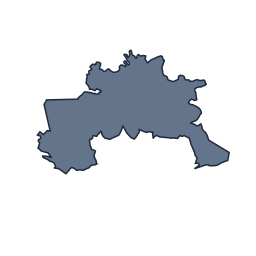 Santiago Xanica, Oaxaca, Mexico (Robinson projection), rotated 154°
{"feature_id": "50627088B68084107278536", "entity_name": "Santiago Xanica", "entity_type": "district", "adm_level": 2, "iso_a3": "MEX", "parent_name": "Mexico", "parent_adm1": "Oaxaca", "projection": "robinson", "projection_center": [-96.226, 16.017], "detail": "fine", "context": "isolated", "style": "filled", "palette": "slate", "viewbox_px": 256, "rotation_deg": 154, "n_neighbors": 0, "source": "geoboundaries", "source_scale": "gbopen_adm2", "svg_char_len": 5886}
<svg xmlns="http://www.w3.org/2000/svg" viewBox="0 0 256 256"><g transform="rotate(154 128 128)"><path d="M171.6,109.4L171.9,109.8L171.3,111.8L171.1,111.9L171.0,114.4L171.0,115.2L171.2,115.9L171.0,116.9L170.8,117.0L170.8,117.9L168.9,120.0L168.1,120.7L167.4,121.6L168.1,122.8L170.1,124.9L170.1,125.6L169.7,126.9L169.5,130.1L168.7,131.5L168.3,133.2L167.5,134.1L166.7,134.7L166.0,133.9L164.1,134.6L163.3,136.1L162.5,136.3L161.4,135.6L160.5,134.6L160.1,134.6L159.9,134.3L159.6,134.3L157.9,135.4L156.6,136.0L156.2,135.8L155.3,136.1L155.0,136.4L155.0,136.6L154.3,137.0L153.8,136.8L153.5,136.0L153.5,135.6L154.1,134.1L154.2,133.6L154.0,131.6L153.8,130.7L152.9,128.6L152.4,128.2L151.2,127.7L149.9,126.1L147.4,125.7L146.8,125.9L144.6,125.7L139.7,125.6L138.7,126.0L137.9,126.5L135.8,128.1L134.0,129.7L133.3,130.5L131.7,131.7L131.2,123.6L129.4,118.0L127.3,115.3L124.5,116.4L123.8,117.0L123.0,117.4L122.5,117.9L120.5,118.9L120.0,119.3L119.4,120.1L119.1,120.2L118.6,121.7L114.9,117.4L113.0,115.7L112.3,115.8L111.5,115.8L110.6,115.5L109.9,114.9L109.6,114.5L109.2,114.1L108.6,114.0L108.1,113.5L107.6,113.6L107.4,113.4L108.9,111.1L108.9,109.9L109.6,108.4L109.8,108.3L109.7,107.9L107.9,108.7L105.6,108.8L103.2,105.9L94.7,100.8L94.0,100.0L92.8,99.7L92.2,99.4L91.3,99.1L90.5,98.6L89.9,98.0L88.4,97.1L87.9,96.9L87.4,97.1L87.0,97.5L86.7,97.4L84.7,98.5L84.2,98.1L84.0,97.6L83.1,96.7L82.5,96.6L82.1,96.7L80.9,96.5L77.4,92.1L77.7,90.9L77.8,89.1L78.6,85.4L78.6,82.3L79.0,76.4L79.1,75.6L79.5,74.7L79.6,74.0L79.2,71.7L79.2,70.9L79.9,69.8L83.0,66.7L80.1,65.3L80.3,63.3L86.1,62.3L74.2,60.7L73.3,60.4L72.3,59.7L71.6,58.7L69.8,57.5L68.3,57.0L66.2,56.0L63.9,55.4L58.6,55.8L52.6,55.1L47.8,61.6L60.5,81.3L60.8,81.6L60.1,86.6L60.2,89.2L60.3,90.2L60.8,91.0L61.3,92.3L61.6,94.0L61.5,95.0L60.8,97.5L60.8,99.8L64.2,99.4L65.0,99.6L65.6,100.4L66.7,102.3L67.6,102.9L68.4,104.2L69.4,104.8L68.2,105.4L64.4,104.8L63.3,104.9L60.5,106.1L57.9,108.0L56.9,108.6L55.5,109.1L55.0,111.1L55.1,112.9L55.5,114.8L57.3,117.7L58.1,118.5L59.3,120.2L59.7,120.6L61.5,121.8L62.5,123.9L62.5,124.4L61.0,125.2L60.4,125.7L58.5,126.1L57.5,125.5L56.2,123.6L53.8,123.2L52.3,128.3L51.6,129.6L51.7,131.6L51.5,132.5L51.1,133.4L50.6,133.9L49.8,134.1L48.1,134.1L46.1,133.8L45.3,133.2L43.8,132.8L40.9,132.8L40.4,132.6L39.8,132.6L38.8,132.9L38.4,133.5L38.9,134.5L38.4,135.7L38.3,136.5L38.4,137.3L39.3,138.1L40.8,138.4L42.4,139.1L44.9,141.2L45.9,141.4L48.1,141.6L49.0,141.5L49.9,141.8L50.3,142.1L51.3,142.5L51.8,143.1L52.1,144.3L53.5,145.3L54.1,145.4L55.1,146.1L55.4,147.2L55.1,148.3L55.1,149.6L55.3,150.3L56.2,151.3L57.6,152.3L59.0,152.5L59.8,152.3L60.2,152.0L61.0,150.3L61.7,149.7L66.5,149.8L67.5,150.2L69.9,152.7L70.7,153.3L70.9,153.7L70.8,154.5L70.5,156.0L70.5,156.9L71.4,158.4L72.5,159.3L72.8,160.2L72.6,162.1L71.9,164.2L71.3,166.6L70.8,167.8L70.3,168.4L68.3,170.1L67.0,171.5L66.1,172.2L65.8,172.8L66.2,172.8L66.5,173.8L66.0,176.2L65.9,177.1L66.1,177.6L66.6,178.2L67.2,178.5L68.6,178.6L69.2,178.9L74.4,178.9L76.3,179.1L77.9,179.0L81.8,178.0L82.1,178.3L82.1,179.9L82.4,181.7L82.4,182.5L81.7,183.6L81.3,183.7L80.7,184.8L80.6,185.3L81.9,185.8L82.7,186.6L84.0,186.8L85.2,187.2L86.0,188.8L86.5,189.5L87.9,189.0L88.5,188.5L89.2,187.4L90.1,187.1L90.3,187.5L90.5,188.6L90.5,189.5L92.0,191.7L91.9,193.3L91.3,195.4L91.2,196.2L91.4,196.6L91.9,196.7L92.5,196.6L93.3,196.2L93.9,194.1L94.2,193.5L95.9,191.7L96.7,191.4L97.1,191.7L97.2,192.4L96.8,194.4L98.8,195.8L99.4,195.7L99.6,195.3L99.5,194.8L99.0,193.1L99.1,191.2L99.0,189.5L98.7,187.4L98.3,186.9L98.3,186.1L98.4,185.5L98.8,184.7L99.5,184.4L99.8,184.5L100.1,184.9L100.4,185.6L100.6,186.4L100.5,187.2L100.6,188.7L101.1,189.4L101.4,189.6L102.1,189.7L102.7,189.1L103.0,188.5L102.3,185.9L102.5,184.8L103.2,184.4L103.7,184.6L104.3,185.7L105.7,187.3L107.3,187.7L108.8,186.9L109.3,185.9L109.8,184.5L110.8,183.8L112.1,183.4L113.9,183.5L115.2,183.8L116.7,184.5L118.1,186.2L119.2,189.0L119.6,189.6L120.8,189.8L122.2,189.2L123.5,189.0L125.0,189.5L125.7,191.8L126.7,192.7L127.2,192.8L127.5,193.0L127.7,193.4L126.2,195.7L125.1,196.7L124.3,197.9L124.5,198.6L125.2,199.7L126.5,200.4L127.2,200.9L128.1,200.5L128.7,200.0L129.0,199.3L129.3,199.1L129.9,199.2L130.5,199.8L130.6,200.3L132.3,200.9L134.0,200.2L134.4,200.2L135.1,199.8L135.4,199.2L134.8,197.3L134.9,196.7L135.5,196.4L136.8,196.5L138.0,196.4L138.7,195.7L138.8,194.0L139.2,193.5L139.8,193.4L140.4,193.9L141.2,194.1L141.9,193.8L141.9,192.6L142.1,191.9L142.5,191.4L143.2,190.9L143.8,190.2L144.6,188.7L145.7,187.2L146.0,186.3L145.4,184.5L145.1,182.3L145.1,181.2L145.6,179.6L144.9,179.4L143.2,178.4L142.0,176.6L141.1,176.1L139.0,176.9L138.5,176.8L138.2,175.9L137.7,175.4L137.4,174.9L136.6,174.4L136.0,173.4L135.9,173.0L136.1,172.5L136.5,172.2L137.4,172.4L137.8,172.7L138.3,172.7L139.0,171.5L141.7,172.3L142.7,173.7L143.9,174.0L145.0,175.0L145.2,175.7L146.1,176.3L147.1,176.7L147.8,177.2L148.1,177.8L148.6,178.1L149.2,178.2L150.7,179.3L151.7,179.4L154.3,178.2L155.2,177.9L156.0,177.9L159.6,176.9L160.4,175.9L189.0,189.0L189.7,188.2L193.1,186.0L199.3,159.4L201.7,161.1L206.8,159.2L208.8,163.2L212.5,161.4L211.6,160.3L210.8,159.8L210.4,159.1L210.6,157.6L210.8,157.3L211.7,156.8L213.0,156.8L214.2,156.1L214.2,154.5L214.0,153.3L214.3,152.7L216.0,151.3L216.7,150.0L217.7,149.4L217.0,147.9L216.6,147.5L216.6,146.7L216.3,145.9L216.0,145.3L211.9,141.6L210.9,140.9L210.5,139.5L210.4,138.2L209.7,135.9L209.8,135.4L211.0,136.2L211.9,137.2L212.7,137.7L216.7,140.2L217.1,140.1L217.2,139.3L216.9,138.2L214.8,135.8L213.6,134.2L213.4,133.4L212.5,132.2L210.3,130.0L209.7,128.6L210.0,125.7L210.4,124.4L212.1,124.6L208.0,121.7L203.8,114.0L200.6,115.5L199.9,115.6L199.1,116.2L198.1,116.5L196.9,117.1L196.1,117.2L194.9,116.3L194.4,115.5L194.0,115.2L192.8,112.8L192.3,112.3L190.0,111.7L189.1,111.1L186.3,109.5L182.9,109.6L180.8,109.3L179.0,110.0L177.3,110.5L176.9,110.5L176.2,110.2L175.3,110.0L174.5,109.6L173.3,109.3L172.7,109.3L171.6,109.4Z" fill="#64748b" stroke="#1e293b" stroke-width="1.5"/></g></svg>